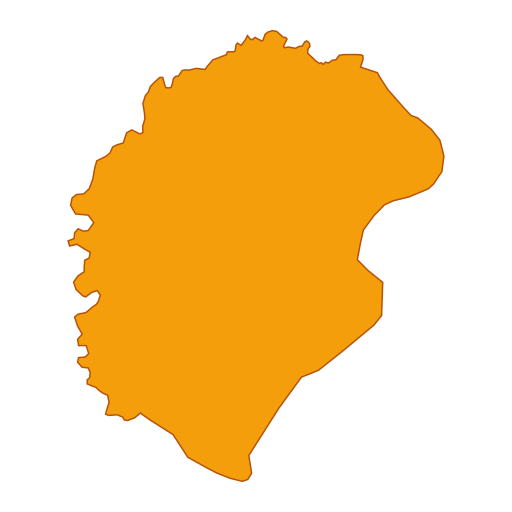 Kwali, Federal Capital Territory, Nigeria
{"feature_id": "59680162B82021418174103", "entity_name": "Kwali", "entity_type": "district", "adm_level": 2, "iso_a3": "NGA", "parent_name": "Nigeria", "parent_adm1": "Federal Capital Territory", "projection": "robinson", "projection_center": [6.945, 8.73], "detail": "fine", "context": "isolated", "style": "filled", "palette": "amber", "viewbox_px": 512, "rotation_deg": 0, "n_neighbors": 0, "source": "geoboundaries", "source_scale": "gbopen_adm2", "svg_char_len": 2488}
<svg xmlns="http://www.w3.org/2000/svg" viewBox="0 0 512 512"><path d="M363.0,59.6L362.9,55.7L361.0,54.8L354.9,54.5L347.3,54.6L347.2,54.6L343.6,54.6L342.4,54.8L339.0,55.4L338.9,55.9L335.8,59.8L332.4,60.2L328.4,63.1L325.5,62.1L323.2,64.4L321.3,62.7L319.5,63.5L315.8,61.0L311.5,56.8L307.8,53.5L307.6,51.5L308.2,48.7L309.9,46.4L309.7,44.0L308.4,42.0L306.6,40.9L304.8,41.9L302.2,46.1L299.1,46.4L295.6,48.3L288.2,47.0L284.5,47.8L283.5,46.0L284.1,45.0L287.0,39.1L285.8,37.5L285.7,37.5L283.3,37.3L276.7,31.4L272.3,30.7L268.1,32.0L265.2,34.1L263.0,40.2L261.8,41.0L254.9,37.4L252.5,39.5L250.4,39.4L247.5,35.6L245.3,39.9L241.1,45.4L237.4,43.1L235.9,45.2L235.3,50.3L234.0,51.8L227.5,51.8L226.2,54.8L212.8,59.9L207.2,66.4L205.5,68.9L205.1,69.4L196.0,68.4L189.2,70.1L185.1,69.9L182.2,70.5L178.2,76.3L175.9,76.2L173.5,78.4L172.6,82.8L171.1,87.4L169.0,87.9L165.9,87.7L164.8,85.2L162.7,77.4L159.9,77.4L154.9,81.8L150.4,86.4L148.4,92.1L145.4,95.5L142.9,103.5L144.4,112.7L144.9,119.0L142.8,125.9L142.8,132.7L139.8,133.9L131.8,129.9L126.7,132.7L123.2,143.0L117.4,144.7L117.2,144.7L112.6,147.0L110.1,152.8L106.1,156.2L96.8,160.8L94.8,167.6L92.8,179.1L89.2,188.8L83.7,193.9L76.6,194.5L72.1,198.0L70.6,205.4L75.6,214.0L88.2,215.1L93.8,222.6L88.2,230.6L83.2,231.1L78.1,228.8L74.6,232.9L74.1,238.6L68.1,240.9L69.6,246.0L77.1,244.3L84.2,248.9L90.2,252.3L89.2,258.0L84.7,260.3L84.2,267.2L84.2,271.8L78.1,275.8L73.6,282.1L76.1,289.5L82.7,295.8L85.7,296.9L91.7,292.4L97.3,290.6L100.3,295.2L98.3,301.5L96.3,304.4L92.2,307.2L86.2,312.4L81.7,313.5L78.1,314.1L74.6,317.0L77.6,326.1L82.2,334.1L77.6,339.3L78.6,345.6L86.2,345.6L88.7,353.6L85.2,357.0L78.6,357.6L77.6,362.2L82.2,367.3L88.2,367.9L90.2,372.5L89.7,377.6L87.2,379.9L87.2,383.9L91.2,385.6L95.8,387.3L98.8,390.2L102.8,393.1L107.6,395.3L109.1,402.2L106.6,410.2L105.6,414.2L108.6,415.4L117.2,414.8L122.7,417.1L124.2,419.9L127.7,420.5L134.8,417.7L140.3,413.1L146.3,417.3L150.7,420.4L173.1,434.6L187.8,457.3L206.4,467.6L216.5,472.9L222.5,475.3L230.2,478.3L242.3,481.3L247.8,479.5L251.6,473.2L250.7,467.4L248.8,455.5L278.9,408.1L301.5,377.1L318.3,370.4L342.5,351.2L374.0,325.0L381.6,315.5L382.0,303.8L382.7,282.4L367.8,270.3L357.3,259.7L358.0,256.1L358.5,253.6L360.4,243.2L363.4,230.0L373.9,215.7L384.5,204.8L393.1,200.8L409.0,196.9L428.3,188.8L433.4,184.2L441.9,171.6L442.8,164.6L443.9,156.2L439.9,140.2L431.3,129.3L417.7,117.9L411.2,115.6L405.2,109.3L388.0,89.8L379.5,76.7L377.4,72.7L360.5,67.1L363.0,59.6Z" fill="#f59e0b" stroke="#b45309" stroke-width="1.5"/></svg>